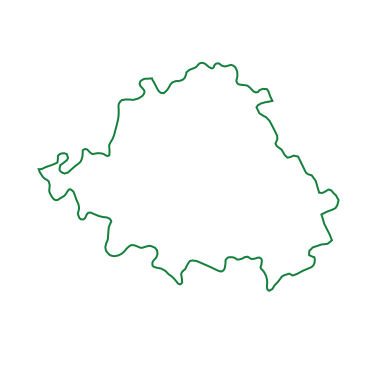 Slawharad, Mogilev, Belarus, rotated 244°
{"feature_id": "67162791B95045439516357", "entity_name": "Slawharad", "entity_type": "district", "adm_level": 2, "iso_a3": "BLR", "parent_name": "Belarus", "parent_adm1": "Mogilev", "projection": "mercator", "projection_center": [30.947, 53.462], "detail": "fine", "context": "isolated", "style": "outline", "palette": "green", "viewbox_px": 384, "rotation_deg": 244, "n_neighbors": 0, "source": "geoboundaries", "source_scale": "gbopen_adm2", "svg_char_len": 4603}
<svg xmlns="http://www.w3.org/2000/svg" viewBox="0 0 384 384"><g transform="rotate(244 192 192)"><path d="M79.7,273.3L79.7,273.1L83.9,269.6L87.6,271.5L89.3,276.4L88.6,280.8L88.1,285.2L86.0,291.1L87.2,296.6L93.0,297.1L105.1,296.9L115.1,298.5L115.1,305.3L114.6,310.2L114.6,313.9L116.5,316.9L120.5,320.2L121.9,320.1L126.1,319.9L128.1,319.0L132.6,317.8L134.4,315.7L134.0,312.0L134.0,308.8L135.6,306.0L142.4,307.1L147.5,308.1L154.5,306.9L157.3,303.9L159.6,302.9L163.5,302.9L170.8,302.9L177.3,302.9L180.1,299.4L180.3,295.7L181.0,292.9L184.7,291.5L190.8,291.1L196.1,288.3L198.9,288.3L202.2,292.0L205.5,293.2L212.0,293.2L221.8,292.9L226.9,291.3L229.4,289.4L233.2,287.1L236.0,287.1L239.9,287.1L241.1,289.2L241.3,292.9L240.6,296.9L239.4,301.1L238.6,304.2L240.3,304.2L243.7,304.2L248.9,304.8L251.6,304.4L253.7,300.8L253.9,297.3L252.9,295.0L253.5,293.1L255.4,291.4L257.9,290.6L260.2,289.9L263.0,288.6L263.9,287.7L265.1,285.9L266.0,284.4L266.8,283.2L267.9,281.6L268.8,280.8L270.3,280.3L272.4,280.6L273.6,281.4L274.8,282.5L276.1,283.5L278.0,284.4L279.8,285.2L281.5,285.5L283.0,285.6L285.1,285.6L287.2,284.7L289.1,282.9L289.5,280.9L290.1,277.6L290.7,276.2L292.6,274.1L295.4,272.8L296.4,271.6L296.8,269.5L296.0,267.6L294.6,266.2L294.2,264.8L294.7,263.7L297.1,261.9L299.2,261.0L301.8,259.8L303.4,258.2L304.1,256.4L304.2,254.7L303.1,252.0L302.4,250.0L302.6,246.6L302.9,243.1L302.0,239.5L300.0,238.0L297.7,235.4L297.0,233.1L297.1,230.7L297.6,228.6L298.8,226.0L299.1,222.5L298.1,219.7L296.1,217.0L294.9,215.0L294.0,212.9L293.2,210.1L294.5,207.7L296.9,206.4L300.1,206.0L303.4,206.0L307.4,205.9L310.2,205.6L311.7,205.8L312.6,203.5L313.2,201.9L314.1,200.2L314.6,198.6L314.6,196.4L314.1,194.1L312.5,192.5L310.1,192.1L308.5,192.5L307.3,192.9L304.5,193.5L303.4,193.5L301.7,192.3L300.2,189.9L299.8,187.5L299.6,184.5L300.1,182.1L300.4,180.1L301.4,178.1L302.3,176.7L303.5,174.5L304.3,172.7L304.8,170.9L305.4,169.2L304.5,166.7L303.4,164.9L301.5,163.6L297.9,162.1L293.9,160.1L290.5,158.0L287.7,155.8L284.6,153.2L280.9,150.0L277.3,146.9L274.6,144.0L272.4,140.6L270.4,138.1L268.4,137.2L264.8,135.8L261.2,133.7L261.4,131.7L263.0,130.4L265.1,129.1L267.0,126.6L268.3,124.1L269.2,121.0L269.8,119.0L272.0,117.8L274.8,116.9L276.6,116.1L277.6,114.4L277.4,112.1L274.3,110.5L272.2,109.3L269.3,106.7L268.0,104.9L267.2,102.2L266.8,99.8L266.2,97.3L265.3,94.0L264.5,91.2L263.9,88.9L264.4,85.7L266.7,83.5L269.2,82.6L270.7,82.9L273.8,85.3L274.2,87.7L274.6,89.8L275.5,93.6L276.9,95.5L280.8,96.1L282.7,94.4L283.7,92.2L284.0,89.7L283.4,87.5L281.5,86.4L279.3,85.3L277.5,83.8L277.5,81.6L277.6,79.3L277.9,76.3L278.2,74.1L278.5,71.0L278.5,67.2L279.1,65.3L279.7,64.3L276.8,63.9L273.8,64.2L270.7,64.6L268.1,65.7L266.5,66.9L264.3,67.9L260.8,67.2L258.4,65.9L256.0,64.3L253.8,63.8L251.9,63.8L249.7,63.9L246.3,64.5L244.7,65.6L243.7,67.6L244.1,70.6L244.3,73.3L244.6,76.0L246.0,78.6L247.0,80.1L248.2,82.4L247.9,83.7L246.6,84.6L244.4,85.6L240.1,85.3L236.0,84.7L233.9,84.7L230.4,84.5L228.0,83.8L226.5,83.1L224.0,81.1L222.4,79.8L218.1,79.4L216.3,80.1L215.0,82.1L215.3,84.2L216.9,86.3L218.0,87.6L218.8,89.7L218.0,91.8L217.1,92.6L215.1,94.3L212.8,96.3L210.9,98.1L209.4,100.0L208.0,101.7L207.1,103.4L206.4,104.4L204.0,106.4L202.7,106.6L201.0,106.6L198.9,104.1L196.9,101.8L194.8,100.5L191.9,98.8L189.3,97.3L187.2,96.2L185.3,94.6L183.4,92.3L180.4,89.9L177.1,89.0L175.3,89.2L172.0,90.2L170.3,91.4L168.4,93.9L167.3,97.7L167.3,101.1L168.1,104.9L169.6,108.0L170.6,111.0L170.9,114.2L169.6,116.6L167.4,118.7L165.0,120.7L163.7,122.6L163.3,125.6L162.9,127.8L162.3,130.2L161.1,131.8L159.6,133.1L157.9,134.4L154.6,135.0L151.4,133.8L149.2,131.7L148.2,129.9L147.5,127.7L146.0,125.5L143.5,124.3L141.5,124.8L138.7,128.0L136.7,130.7L132.6,133.6L128.4,134.9L124.9,136.9L121.2,138.1L118.4,138.8L115.8,139.3L115.4,139.6L114.1,141.0L114.8,143.4L118.7,145.0L121.1,145.7L122.8,146.1L124.4,147.8L125.2,150.0L125.6,152.1L127.6,154.5L129.5,157.2L130.9,159.9L130.2,162.5L128.0,165.8L124.4,169.0L116.7,175.5L109.9,180.9L108.7,182.1L107.7,183.4L107.7,185.5L108.2,186.8L109.2,188.0L110.8,189.2L112.5,190.4L114.1,191.3L116.2,192.4L117.3,195.1L117.1,196.9L115.8,199.4L115.0,200.6L113.5,201.9L111.8,202.7L110.9,204.1L110.3,206.6L110.1,209.0L110.4,210.7L109.4,213.7L106.2,215.6L105.1,217.2L104.4,220.3L104.2,222.3L103.5,223.9L101.8,224.9L100.1,224.9L96.3,222.6L94.2,220.5L93.0,220.4L89.7,221.5L87.9,221.7L84.0,221.8L80.5,221.0L77.5,219.9L74.5,218.0L71.5,217.0L69.4,218.0L69.6,221.8L71.8,225.1L73.7,230.2L75.0,232.7L76.7,235.9L76.7,239.2L75.9,243.8L72.9,245.7L72.3,250.3L72.6,257.0L72.1,266.4L72.8,268.9L74.7,271.1L77.1,272.6L78.7,273.2L79.7,273.3Z" fill="none" stroke="#15803d" stroke-width="2"/></g></svg>